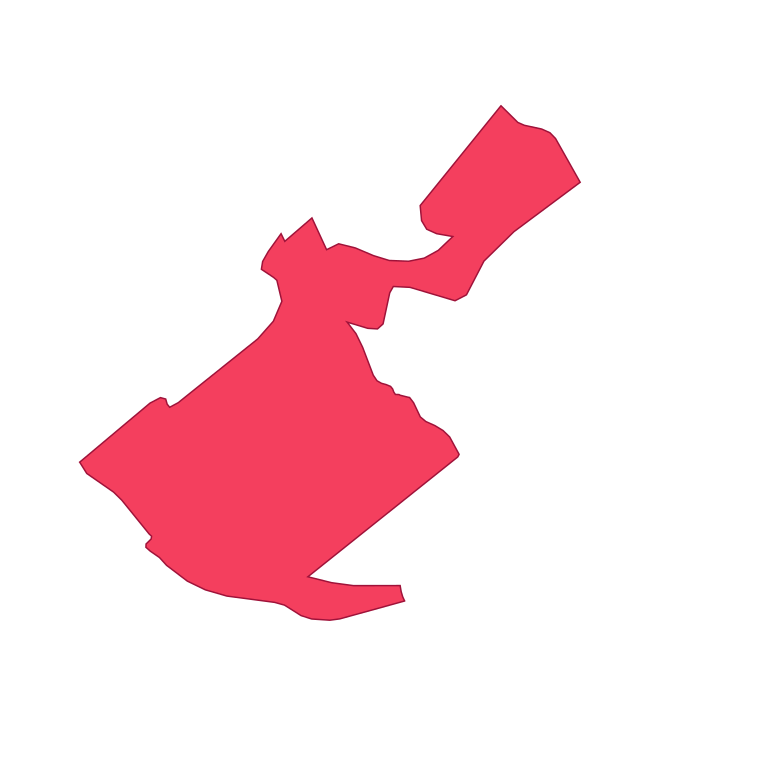 SVG path tracing the border of Sultan Kudarat, rotated 321°
{"feature_id": "PHL-2580", "entity_name": "Sultan Kudarat", "entity_type": "Province", "adm_level": 1, "iso_a3": "PHL", "parent_name": "Philippines", "parent_adm1": "", "projection": "mercator", "projection_center": [124.544, 6.496], "detail": "fine", "context": "isolated", "style": "filled", "palette": "rose", "viewbox_px": 768, "rotation_deg": 321, "n_neighbors": 0, "source": "natural_earth", "source_scale": "10m", "svg_char_len": 1460}
<svg xmlns="http://www.w3.org/2000/svg" viewBox="0 0 768 768"><g transform="rotate(321 384 384)"><path d="M263.5,565.6L263.4,565.6L201.8,538.7L193.3,533.5L179.9,521.1L173.8,511.8L167.5,493.2L161.6,484.9L128.4,449.9L115.6,431.5L107.1,413.4L100.9,388.1L100.3,377.5L97.2,367.0L96.2,361.1L98.4,358.6L105.5,357.9L107.6,356.0L107.1,352.8L107.1,309.2L105.8,297.8L96.7,266.5L98.3,253.3L98.3,253.2L99.5,253.2L190.2,251.6L201.7,253.9L204.9,258.3L202.8,263.2L202.8,267.2L212.2,269.0L314.2,269.5L337.5,265.6L356.6,255.5L356.7,255.4L366.0,236.0L365.3,231.8L360.9,217.7L366.8,212.4L377.5,208.2L398.6,202.4L396.7,210.7L432.5,209.6L423.9,243.5L437.0,246.5L447.4,260.3L456.6,277.6L465.8,291.3L480.4,304.1L494.5,311.5L510.3,314.3L530.3,312.7L519.5,300.3L514.6,290.6L516.0,280.7L524.4,268.1L649.9,241.4L650.0,241.4L652.6,264.9L655.9,271.3L667.0,285.1L671.1,293.2L671.8,301.2L663.4,350.7L580.9,347.4L539.0,351.4L504.2,366.6L491.6,364.0L465.0,325.2L452.6,314.1L445.9,316.7L421.1,336.7L413.6,337.1L406.4,330.5L394.3,312.7L394.3,312.9L393.9,327.3L390.5,342.0L381.2,370.4L380.6,377.1L382.5,381.9L385.3,385.8L387.6,390.0L387.6,393.3L386.5,396.5L386.3,399.3L389.0,401.6L389.5,402.9L394.3,409.3L395.4,410.6L395.2,417.2L391.5,432.4L392.9,439.5L397.4,448.4L400.6,457.3L401.7,466.5L398.1,485.9L398.0,486.0L395.4,487.1L203.5,485.9L218.3,505.5L233.5,521.6L269.3,550.5L269.7,550.8L266.7,556.1L264.6,561.2L263.5,565.5L263.5,565.6Z" fill="#f43f5e" stroke="#9f1239" stroke-width="1.5"/></g></svg>